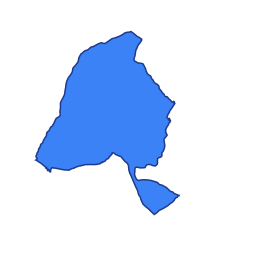 outline of Muheza, Tanga, United Republic of Tanzania, rotated 35°
{"feature_id": "72390352B38576032693201", "entity_name": "Muheza", "entity_type": "district", "adm_level": 2, "iso_a3": "TZA", "parent_name": "United Republic of Tanzania", "parent_adm1": "Tanga", "projection": "albers", "projection_center": [38.789, -5.179], "detail": "fine", "context": "isolated", "style": "filled", "palette": "blue", "viewbox_px": 256, "rotation_deg": 35, "n_neighbors": 0, "source": "geoboundaries", "source_scale": "gbopen_adm2", "svg_char_len": 5737}
<svg xmlns="http://www.w3.org/2000/svg" viewBox="0 0 256 256"><g transform="rotate(35 128 128)"><path d="M89.1,208.6L89.7,208.4L89.1,207.2L88.6,207.0L88.4,204.9L88.3,204.6L88.4,204.1L88.6,203.9L89.2,203.9L91.8,202.4L93.1,201.9L96.7,200.2L97.6,199.9L99.3,199.1L99.8,198.9L100.7,198.4L102.4,197.2L103.9,196.4L104.5,194.9L104.8,194.4L105.5,193.3L106.7,191.9L107.1,191.3L107.5,190.4L108.3,189.2L109.7,187.3L110.4,186.5L111.0,186.2L111.4,185.4L112.2,184.7L114.4,182.1L115.6,181.4L118.2,179.4L119.7,178.4L120.3,178.0L120.8,177.7L122.7,176.3L123.9,175.0L125.2,173.8L125.7,173.0L125.7,172.0L126.6,171.3L126.7,171.0L126.5,170.5L127.3,170.0L127.4,169.6L128.2,168.2L128.2,167.9L128.3,165.9L129.4,164.3L129.2,162.9L129.4,162.5L129.4,162.3L129.2,161.8L129.5,161.2L129.5,160.7L129.7,160.0L129.5,159.2L129.9,158.5L129.3,157.4L129.5,157.2L130.5,156.7L131.3,156.5L132.2,156.7L133.3,156.8L134.5,156.4L136.1,156.2L138.1,155.6L139.1,155.5L140.7,156.1L143.8,156.9L145.2,157.2L146.9,157.2L148.1,157.5L149.8,158.4L152.9,162.0L154.5,163.3L155.7,164.2L156.6,164.6L168.5,172.0L170.0,172.7L171.1,173.4L172.9,174.7L173.7,175.6L175.4,176.8L177.7,177.5L179.6,179.2L180.9,179.9L181.4,180.3L183.3,181.3L183.8,181.7L186.8,182.2L192.0,182.6L193.8,183.0L198.1,183.6L199.1,183.8L199.4,183.1L199.7,182.4L200.2,180.7L200.5,179.8L200.5,179.3L200.9,177.3L201.2,177.0L201.4,176.4L201.7,176.1L202.5,174.6L203.6,172.4L203.8,171.6L204.1,171.0L204.3,170.9L204.5,170.6L204.8,169.6L205.4,168.0L205.6,167.1L205.6,166.7L206.6,164.1L207.1,162.6L207.1,162.1L207.3,160.5L207.2,160.3L207.1,160.1L207.2,159.3L207.1,158.9L207.2,158.0L207.3,157.7L207.8,156.9L208.1,156.7L208.0,155.4L208.2,154.6L208.8,153.9L209.0,153.5L208.2,154.1L206.2,154.5L205.1,154.8L204.5,154.9L203.9,155.1L202.6,155.0L201.1,154.8L199.8,155.4L198.7,155.5L197.8,155.4L196.7,155.2L193.1,154.7L192.0,155.0L190.6,155.1L189.6,155.1L187.5,155.7L186.3,156.3L185.2,156.1L184.7,156.0L184.4,156.1L183.9,155.7L183.1,155.9L182.4,155.9L176.4,158.0L173.3,159.6L170.1,161.7L170.0,161.9L168.2,163.3L166.6,165.0L165.8,165.2L164.3,165.1L163.0,164.4L162.1,163.9L160.2,162.5L159.2,161.0L158.6,159.7L157.8,158.6L157.2,157.6L156.8,156.6L157.2,155.5L158.1,154.7L159.4,154.3L161.0,153.6L163.9,151.4L164.6,150.7L164.6,149.6L164.3,148.3L164.7,147.2L165.5,146.3L167.7,144.9L169.2,144.8L171.8,143.7L172.2,143.3L172.5,142.5L172.7,141.0L172.0,139.2L171.2,138.5L170.7,137.5L170.0,136.6L169.9,135.6L170.5,134.3L171.5,133.1L171.8,131.7L171.3,130.5L170.0,129.2L170.1,127.5L170.0,125.9L169.4,123.8L169.0,122.8L168.1,121.1L167.0,119.9L165.3,118.3L164.2,116.9L163.9,116.0L164.2,111.9L164.1,111.3L163.3,110.9L162.4,110.7L162.0,110.0L161.3,109.7L160.7,109.0L160.1,108.3L159.4,105.9L159.2,102.7L159.1,101.6L158.7,100.4L159.0,99.1L158.8,97.9L158.3,97.5L157.9,97.5L157.5,97.1L157.2,97.4L157.2,97.9L156.8,98.1L156.6,97.8L156.6,97.5L156.9,97.2L156.7,96.9L156.5,96.6L156.2,97.1L156.3,97.4L156.1,97.6L155.6,97.1L155.4,97.1L155.0,97.2L154.3,97.2L154.0,97.0L153.6,96.7L153.4,95.9L152.9,93.3L152.8,92.4L152.9,91.4L152.5,90.5L152.4,89.5L152.5,86.6L152.4,83.6L152.3,81.2L151.6,81.3L151.4,80.7L151.3,80.2L151.1,80.0L150.2,80.0L150.0,80.4L150.0,80.9L149.8,81.3L149.5,81.4L148.3,81.3L147.4,81.0L146.3,80.8L145.7,80.9L142.2,80.0L141.7,80.1L141.2,80.7L140.0,80.8L139.6,80.6L139.1,80.2L137.8,79.6L137.1,79.8L136.6,79.5L135.1,79.2L134.6,78.9L134.2,78.6L133.0,78.4L131.1,77.8L130.7,77.5L130.3,77.1L130.0,76.7L129.3,76.0L128.8,75.8L128.2,75.7L127.2,75.5L126.6,75.5L126.1,75.7L125.6,75.6L124.4,75.7L123.6,75.6L122.8,75.3L122.1,75.1L121.6,74.6L120.8,74.3L119.2,74.0L118.1,73.5L117.6,72.9L116.5,72.4L115.4,72.5L114.8,72.7L114.2,72.7L112.7,72.3L111.8,72.0L111.4,71.6L110.1,70.9L108.1,69.2L106.4,68.4L105.6,67.8L104.7,67.5L104.2,67.1L103.6,66.9L102.4,67.1L99.8,68.5L98.9,68.9L97.8,69.1L95.0,69.3L93.8,68.9L93.3,67.9L93.0,67.1L92.9,66.7L92.1,64.4L91.7,63.8L91.5,63.1L90.1,60.6L89.6,58.3L89.5,57.6L88.9,55.2L88.8,53.5L89.0,51.7L88.9,51.1L89.0,50.5L88.8,49.2L89.0,48.8L89.0,48.6L88.6,48.4L88.3,48.0L88.2,47.8L88.3,47.6L88.3,47.4L84.9,47.4L83.4,47.7L78.4,47.3L75.0,47.3L74.8,47.7L74.1,48.7L72.7,49.8L71.2,51.5L70.8,52.1L69.9,54.7L68.3,57.8L65.5,61.9L64.6,63.0L64.1,63.4L63.8,63.9L63.5,64.4L63.0,65.9L62.8,66.3L62.7,66.7L62.3,67.9L61.9,68.8L61.2,70.8L60.7,71.8L60.2,72.3L59.7,72.6L57.7,73.3L57.0,73.7L55.2,76.4L53.0,80.9L52.3,81.9L51.6,82.5L51.2,83.1L50.5,86.2L49.9,87.7L49.1,88.6L48.2,89.9L47.6,92.8L47.2,93.9L47.0,94.5L47.2,95.9L47.2,97.0L47.6,98.9L48.1,100.1L49.0,101.9L49.1,102.4L49.1,105.6L49.0,107.1L48.6,109.2L48.6,110.2L48.7,110.9L49.8,113.1L50.1,114.0L50.3,115.0L50.5,117.6L50.3,118.9L50.3,119.8L50.3,121.2L50.9,124.3L51.3,125.7L52.3,128.0L53.7,130.6L55.4,134.3L56.2,135.7L56.8,137.1L57.1,138.5L57.3,140.0L57.5,141.0L57.7,143.0L57.9,144.0L57.9,144.7L58.1,145.4L58.5,146.6L59.6,148.1L60.0,148.7L60.9,149.9L61.6,151.1L62.2,152.6L62.7,153.2L63.0,153.9L63.8,154.8L64.9,155.9L65.1,156.2L65.1,158.1L64.9,158.4L64.3,160.0L63.7,161.0L63.8,162.6L64.7,167.3L64.7,167.8L64.6,168.3L64.8,169.5L64.9,169.9L64.6,170.7L64.3,171.1L64.2,171.9L64.7,174.4L64.7,175.3L64.7,176.1L64.2,177.6L64.3,178.6L64.4,179.0L65.4,180.8L65.6,181.3L65.7,182.0L65.6,183.1L65.7,184.3L65.9,186.9L66.6,189.2L66.4,189.9L66.0,191.0L66.0,192.0L66.6,193.0L66.7,194.2L67.0,195.1L66.7,195.7L66.9,196.7L68.0,198.8L67.8,199.3L67.8,200.2L67.9,200.8L68.1,201.1L68.2,201.6L68.5,202.0L68.6,203.5L69.1,204.2L69.6,204.6L70.9,204.9L71.2,205.2L71.2,206.0L70.9,207.0L71.1,206.9L71.5,207.1L72.2,206.9L73.5,207.0L76.7,206.8L82.1,207.2L82.9,207.4L83.7,207.1L83.6,207.9L83.9,208.0L84.8,207.8L85.3,208.2L85.9,208.3L86.4,208.5L86.5,208.7L86.8,208.2L86.7,207.9L86.4,207.7L87.0,207.6L87.2,207.9L87.4,208.4L87.5,208.4L88.5,208.5L88.6,208.3L88.5,208.2L88.6,207.9L89.0,208.3L89.1,208.6Z" fill="#3b82f6" stroke="#1e3a8a" stroke-width="1.5"/></g></svg>